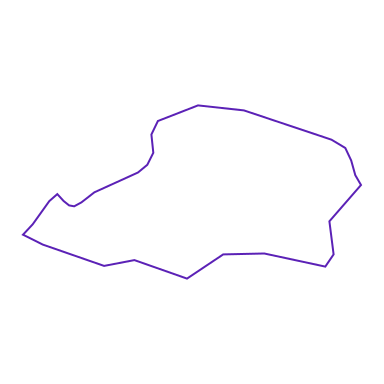 outline of Sopron
{"feature_id": "HUN-4904", "entity_name": "Sopron", "entity_type": "Urban county", "adm_level": 1, "iso_a3": "HUN", "parent_name": "Hungary", "parent_adm1": "", "projection": "natural_earth1", "projection_center": [16.553, 47.692], "detail": "fine", "context": "isolated", "style": "outline", "palette": "violet", "viewbox_px": 384, "rotation_deg": 0, "n_neighbors": 0, "source": "natural_earth", "source_scale": "10m", "svg_char_len": 489}
<svg xmlns="http://www.w3.org/2000/svg" viewBox="0 0 384 384"><path d="M198.0,105.4L243.9,110.4L331.5,139.7L345.3,148.0L351.2,160.5L355.3,175.2L361.0,185.0L329.4,221.3L333.6,254.4L325.3,266.6L264.3,253.5L223.2,254.4L187.0,278.6L134.4,260.1L104.1,265.9L42.8,244.6L23.0,234.7L32.7,224.3L49.3,201.1L57.3,194.1L63.6,201.0L69.1,205.4L74.2,206.3L81.4,202.4L94.4,192.3L138.0,172.5L147.3,164.8L153.3,152.8L151.4,134.5L157.9,121.0L198.0,105.4Z" fill="none" stroke="#5b21b6" stroke-width="2"/></svg>